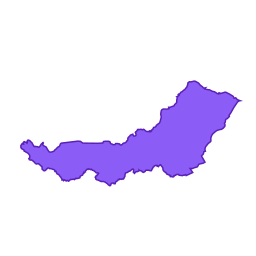 outline of Baru, Hunedoara, Romania, rotated 207°
{"feature_id": "2599482B142327649383", "entity_name": "Baru", "entity_type": "district", "adm_level": 2, "iso_a3": "ROU", "parent_name": "Romania", "parent_adm1": "Hunedoara", "projection": "natural_earth1", "projection_center": [23.221, 45.477], "detail": "fine", "context": "isolated", "style": "filled", "palette": "violet", "viewbox_px": 256, "rotation_deg": 207, "n_neighbors": 0, "source": "geoboundaries", "source_scale": "gbopen_adm2", "svg_char_len": 5680}
<svg xmlns="http://www.w3.org/2000/svg" viewBox="0 0 256 256"><g transform="rotate(207 128 128)"><path d="M180.6,84.2L181.0,83.3L180.8,81.5L180.9,80.3L181.9,79.0L182.1,78.4L182.4,77.0L183.3,75.1L183.4,73.8L185.3,71.8L186.8,71.0L187.5,71.0L189.6,72.1L192.3,73.9L195.5,73.9L196.5,74.6L196.6,76.2L197.1,76.5L197.4,76.2L197.4,75.6L198.0,74.2L198.1,72.1L198.7,70.3L200.5,70.2L201.7,69.5L202.5,69.5L203.0,68.9L203.4,68.9L204.2,69.4L206.8,71.2L207.7,71.5L208.7,71.7L209.5,72.1L210.9,72.1L211.6,71.8L211.9,71.3L211.9,70.9L211.2,69.8L211.2,69.4L211.6,69.3L211.2,68.6L211.4,68.6L212.0,69.4L212.7,68.9L213.7,68.5L214.0,68.8L214.3,68.7L214.6,68.0L214.7,67.2L214.3,67.0L213.7,66.2L214.0,66.1L214.8,66.4L214.9,65.9L215.2,65.9L215.3,65.6L215.5,63.8L214.5,61.9L213.5,61.3L210.8,61.2L210.5,61.0L210.3,60.5L209.8,60.2L208.8,60.4L208.0,60.2L206.1,60.2L203.8,59.4L202.7,58.3L202.3,57.5L202.3,57.0L202.0,56.5L202.5,55.8L201.6,55.0L200.5,55.1L199.6,55.6L198.2,55.7L197.3,55.3L196.7,55.3L195.0,54.6L193.7,54.3L192.9,54.5L192.4,55.1L191.4,55.7L190.6,55.2L189.9,55.2L188.0,54.6L187.1,54.5L185.8,52.3L184.4,52.0L183.9,51.7L183.5,51.9L182.7,52.1L182.1,53.3L182.0,54.5L181.5,55.0L181.5,55.7L181.2,56.0L180.4,56.4L179.6,56.1L178.2,56.8L174.9,57.3L173.9,56.9L173.4,56.1L173.1,56.2L172.9,56.7L172.5,56.7L171.4,55.6L170.2,54.9L168.7,55.1L166.1,53.8L165.5,53.7L165.1,53.3L163.4,52.3L163.3,51.7L162.9,51.8L162.5,52.4L161.5,51.8L161.4,52.0L161.6,52.5L161.1,53.0L159.1,52.7L158.8,52.9L158.6,53.5L158.0,53.9L157.4,53.6L156.7,53.7L156.1,55.3L155.9,56.0L155.2,56.3L153.6,57.5L152.3,57.7L152.2,58.1L152.2,58.6L151.5,59.0L151.7,59.3L151.6,59.6L150.0,60.1L148.3,61.7L148.3,62.1L148.6,62.6L148.7,63.2L148.0,64.4L147.1,65.4L147.2,67.2L146.7,67.8L147.3,68.5L146.6,68.9L146.0,69.6L146.5,70.4L146.3,71.0L145.9,71.7L145.8,72.7L145.5,73.0L144.7,73.0L144.4,73.9L142.5,73.9L142.2,74.1L142.1,74.6L141.6,74.7L140.7,74.2L139.7,74.4L138.4,74.4L135.8,73.6L134.5,74.4L133.7,74.4L133.8,73.8L133.7,73.0L134.2,72.5L134.0,71.6L134.1,71.3L134.7,70.9L134.9,69.5L134.8,69.1L134.1,68.9L133.5,67.9L133.1,67.8L132.3,67.7L131.1,68.0L127.6,68.1L125.6,69.2L124.1,69.4L121.0,69.0L119.7,68.4L117.9,68.3L117.8,68.9L117.5,69.2L117.7,69.5L117.9,69.9L117.5,70.6L117.7,71.1L117.5,71.4L117.2,71.5L116.6,72.1L116.0,72.3L115.2,72.0L115.2,72.4L114.2,72.7L114.5,73.2L114.3,73.5L114.4,74.8L113.7,75.6L113.5,76.5L113.2,76.7L113.2,77.8L112.6,78.2L112.4,78.2L112.5,78.7L110.7,79.2L110.4,79.5L110.2,79.9L109.8,80.2L109.2,80.1L108.7,81.0L109.0,82.3L108.8,82.6L108.8,83.5L109.5,85.2L109.8,86.8L108.1,88.4L107.9,89.4L107.7,89.7L106.7,90.4L105.8,92.6L105.4,93.4L104.8,93.7L104.2,93.6L103.6,92.4L103.2,91.0L101.6,90.5L101.4,91.4L101.5,92.0L101.2,92.1L100.5,93.1L99.5,93.6L99.0,94.6L98.4,95.2L98.7,95.5L98.1,95.4L97.7,95.5L97.0,95.9L96.1,95.8L95.4,95.4L94.2,95.4L93.4,96.4L93.0,97.3L93.0,98.2L92.7,98.6L90.5,99.7L88.9,100.0L87.9,100.5L87.8,101.6L88.0,102.2L87.7,102.8L87.9,104.3L87.3,105.3L87.4,106.1L86.4,107.2L84.7,107.3L85.1,107.7L85.1,107.9L84.5,107.9L83.5,107.4L83.4,108.0L82.8,108.9L82.8,109.7L82.6,110.0L82.3,110.1L80.1,108.9L79.6,108.8L78.8,108.2L77.8,106.6L76.2,105.7L75.0,105.5L74.3,105.7L74.0,105.3L72.9,104.9L72.3,104.5L71.8,104.6L71.6,104.8L70.8,104.6L69.7,105.0L69.5,104.8L69.2,104.9L68.3,103.9L68.0,104.0L68.3,104.4L68.0,104.5L66.0,104.7L65.3,105.1L65.0,105.7L65.4,106.5L64.2,107.4L64.2,107.8L63.9,108.0L63.4,108.8L61.7,109.6L61.1,109.1L57.8,110.3L57.3,111.1L56.5,111.4L55.5,112.6L54.6,112.0L50.1,117.7L54.3,120.1L52.1,121.2L51.0,122.6L48.7,124.7L48.5,125.5L48.5,127.6L47.8,128.5L45.0,130.8L43.9,132.5L47.3,134.8L49.7,136.3L49.8,136.8L49.1,138.6L49.3,140.3L49.7,141.4L48.5,142.4L49.3,143.2L50.1,144.7L50.3,146.7L49.5,150.6L48.3,153.2L48.2,153.7L48.6,154.8L49.4,156.0L49.9,157.9L50.0,160.1L49.8,161.2L48.4,164.8L47.5,166.3L45.8,168.0L44.0,169.4L43.0,171.2L42.5,173.4L42.9,174.7L44.2,176.0L44.0,177.1L44.3,178.3L44.8,179.5L44.6,180.6L43.8,181.4L42.9,184.3L43.7,185.1L43.3,187.9L43.0,194.6L42.2,201.0L41.3,202.6L40.5,203.2L42.2,203.0L43.8,203.0L45.7,203.8L47.0,202.7L48.0,203.5L48.9,204.0L52.9,204.3L56.7,204.3L57.3,204.2L58.0,203.8L61.3,200.6L61.9,200.9L62.9,200.7L63.1,199.9L62.8,199.5L63.1,199.4L64.9,199.2L65.7,199.5L67.6,199.5L69.5,199.0L72.8,199.0L74.0,198.5L77.4,197.6L77.6,197.7L77.6,197.9L77.3,198.9L78.3,198.1L79.1,198.0L80.3,198.5L83.1,199.0L85.6,200.1L89.4,200.2L90.5,199.7L93.1,197.5L94.3,197.1L95.1,195.5L95.0,195.1L94.6,194.2L94.2,191.4L94.7,188.9L95.0,187.7L95.5,187.1L96.2,185.1L97.2,183.8L97.3,182.3L97.5,181.9L98.3,181.2L98.4,180.5L97.6,180.7L97.4,180.7L97.3,180.4L97.8,179.6L97.8,178.8L98.7,178.0L98.1,177.8L97.4,175.7L97.3,175.0L96.6,173.7L96.3,172.8L96.5,171.4L97.1,170.2L97.1,168.6L100.0,165.5L101.2,164.9L100.3,163.7L102.2,162.3L105.1,161.0L106.1,159.8L106.2,158.5L105.2,155.3L103.3,152.8L102.4,148.8L102.2,147.1L102.4,146.3L103.0,145.4L103.3,144.4L104.0,143.3L103.8,142.1L104.2,141.1L105.5,140.1L105.3,139.0L105.6,138.0L105.4,137.8L106.0,137.0L106.3,136.3L105.9,135.9L107.1,135.4L106.4,134.9L107.4,134.2L108.3,134.2L109.6,133.4L110.5,133.3L113.4,134.0L114.5,132.9L115.3,132.9L115.8,132.8L117.0,131.9L117.9,131.6L118.6,131.1L118.4,130.9L118.7,130.7L118.9,128.8L119.4,128.1L119.5,127.4L118.3,126.4L117.9,125.8L117.6,125.2L117.6,124.7L119.0,123.4L120.0,123.8L120.9,124.7L122.6,122.8L122.9,121.4L123.5,119.6L123.4,118.6L123.0,117.9L122.8,117.0L123.2,115.8L123.1,115.0L124.1,113.1L124.8,112.8L125.5,111.9L125.6,110.9L126.3,109.8L127.3,109.4L128.0,109.7L128.2,110.0L130.3,109.4L132.0,108.5L132.0,107.6L132.2,107.2L133.6,106.4L134.6,106.5L135.8,106.2L136.8,106.5L137.6,107.4L138.9,107.5L142.2,105.9L143.7,104.8L143.6,103.2L147.5,100.9L161.4,94.0L164.3,94.5L166.6,93.6L180.6,84.2Z" fill="#8b5cf6" stroke="#5b21b6" stroke-width="1.5"/></g></svg>